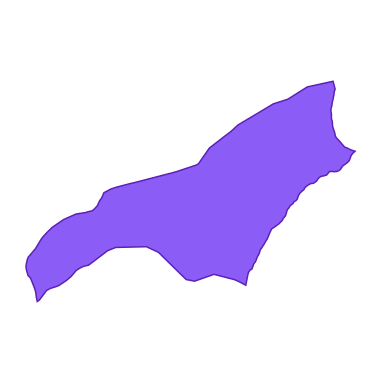 Rosana, São Paulo, Brazil (Mercator projection), rotated 5°
{"feature_id": "56859067B29082905480685", "entity_name": "Rosana", "entity_type": "district", "adm_level": 2, "iso_a3": "BRA", "parent_name": "Brazil", "parent_adm1": "São Paulo", "projection": "mercator", "projection_center": [-52.819, -22.481], "detail": "fine", "context": "isolated", "style": "filled", "palette": "violet", "viewbox_px": 384, "rotation_deg": 5, "n_neighbors": 0, "source": "geoboundaries", "source_scale": "gbopen_adm2", "svg_char_len": 2074}
<svg xmlns="http://www.w3.org/2000/svg" viewBox="0 0 384 384"><g transform="rotate(5 192 192)"><path d="M350.9,137.2L345.9,136.0L342.7,134.6L340.2,134.0L337.6,131.5L335.1,129.0L331.1,125.5L329.9,123.6L329.1,120.8L327.9,118.0L326.4,114.5L325.6,109.4L324.4,106.5L324.2,102.8L323.2,98.5L323.3,96.4L323.8,93.9L324.0,89.9L324.4,87.6L324.9,82.5L325.0,79.9L325.6,77.0L322.9,69.4L297.8,77.2L279.2,91.3L265.5,97.0L232.0,121.2L225.7,128.1L224.0,129.7L219.2,134.0L207.1,145.2L205.5,146.7L196.1,163.1L194.1,164.7L175.4,172.8L170.2,174.8L167.8,175.6L145.3,183.6L142.5,184.6L136.6,186.7L132.0,188.3L130.2,188.8L116.3,193.8L110.9,196.1L104.3,200.4L102.6,205.7L100.8,208.6L99.8,211.4L98.8,214.1L96.0,217.7L94.2,219.4L90.2,220.7L87.7,221.8L78.5,224.0L71.2,228.0L68.9,229.3L66.4,230.7L55.8,239.4L53.6,242.0L51.4,244.6L48.5,248.2L46.8,250.6L45.4,253.1L41.0,262.1L34.6,271.1L33.9,273.1L33.2,278.0L33.1,281.0L33.9,284.3L36.0,289.6L38.7,291.9L43.0,300.5L45.0,305.2L46.2,310.8L47.4,314.6L49.4,312.9L55.7,302.8L59.3,300.4L63.0,298.9L67.4,296.9L74.6,291.1L78.8,286.9L83.7,280.0L87.7,277.1L90.7,275.4L95.4,273.9L113.1,257.8L120.8,253.9L149.3,250.7L151.4,250.5L163.8,255.0L184.4,272.0L193.8,279.7L196.4,280.0L202.4,280.6L212.5,276.0L221.1,272.1L241.9,275.6L243.7,276.2L246.9,277.3L253.7,280.2L254.9,269.1L255.4,267.0L256.7,264.7L258.4,263.5L259.1,261.0L259.8,258.1L261.3,256.0L262.0,253.6L262.7,250.9L264.1,248.2L265.1,243.6L266.2,241.9L267.3,239.7L268.3,237.8L269.5,235.2L271.0,232.3L272.0,229.3L273.0,226.0L274.6,221.7L276.7,220.2L279.4,217.8L281.3,216.2L284.5,212.3L285.2,210.3L287.2,207.6L287.9,204.6L288.4,201.4L289.8,199.7L290.7,197.6L292.0,196.1L293.5,194.8L294.5,192.8L296.2,191.6L297.4,190.1L298.3,186.4L299.6,183.7L301.2,181.9L303.2,180.0L304.3,177.5L307.1,174.9L309.6,173.3L312.3,172.7L315.1,170.3L316.7,167.4L318.9,165.3L321.7,164.5L324.6,163.4L325.9,161.5L327.3,159.6L329.5,159.3L331.7,159.4L334.3,159.0L336.5,157.9L338.0,156.4L338.9,154.7L339.9,152.9L344.0,149.4L346.0,146.9L346.9,143.4L347.5,141.5L348.9,139.3L350.9,137.2Z" fill="#8b5cf6" stroke="#5b21b6" stroke-width="1.5"/></g></svg>